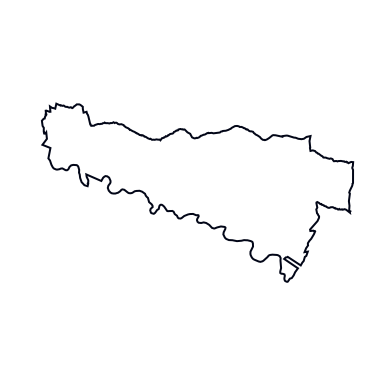 outline of Fartatesti, Vâlcea, Romania, rotated 99°
{"feature_id": "2599482B62213084984165", "entity_name": "Fartatesti", "entity_type": "district", "adm_level": 2, "iso_a3": "ROU", "parent_name": "Romania", "parent_adm1": "Vâlcea", "projection": "equal_earth", "projection_center": [23.968, 44.774], "detail": "fine", "context": "isolated", "style": "outline", "palette": "ink", "viewbox_px": 384, "rotation_deg": 99, "n_neighbors": 0, "source": "geoboundaries", "source_scale": "gbopen_adm2", "svg_char_len": 6018}
<svg xmlns="http://www.w3.org/2000/svg" viewBox="0 0 384 384"><g transform="rotate(99 192 192)"><path d="M145.1,351.4L150.1,349.9L151.8,348.4L155.4,347.9L157.4,347.2L157.4,346.7L156.8,346.6L157.2,346.3L157.0,345.5L156.2,345.2L162.2,343.6L168.8,347.1L170.7,338.7L181.3,339.1L183.1,337.2L187.1,335.1L189.6,333.2L190.5,331.9L191.0,329.8L191.0,328.8L190.3,326.7L189.3,325.0L189.0,323.6L190.2,320.3L190.1,318.9L189.0,317.7L186.4,316.9L184.6,315.5L183.8,313.5L183.5,310.0L184.2,308.8L185.1,308.1L187.8,306.9L190.6,306.6L192.4,305.6L195.6,304.7L199.5,302.6L202.1,299.3L202.6,296.0L200.0,295.8L199.7,296.3L198.6,296.0L196.6,296.3L193.5,298.4L191.2,299.1L195.3,283.3L191.8,282.0L190.5,280.9L189.8,279.9L189.8,278.1L190.8,276.1L193.6,274.3L194.9,274.0L196.2,274.2L198.8,275.6L201.2,275.8L203.7,274.4L205.3,272.4L205.8,271.0L205.8,269.3L205.5,267.5L204.2,264.8L202.4,263.0L200.8,262.0L200.3,261.1L200.4,259.2L202.6,255.3L203.0,254.1L202.8,252.2L202.1,250.7L200.3,248.8L199.7,247.2L199.0,244.0L199.5,241.3L201.1,238.1L202.8,237.1L203.9,235.9L204.7,234.6L208.7,232.8L210.4,230.0L211.6,228.9L213.0,228.5L215.1,230.2L216.7,230.4L218.9,229.3L219.3,228.3L219.5,226.3L218.4,225.2L215.2,223.6L214.0,222.2L211.0,222.0L210.2,221.7L209.4,220.7L209.4,219.7L210.0,218.4L210.9,217.1L214.6,213.6L214.7,212.9L213.8,208.5L214.3,207.1L216.5,205.6L217.8,203.1L219.5,202.0L220.1,201.1L220.0,199.1L219.4,198.2L216.9,195.9L214.8,192.4L214.1,190.6L213.5,187.5L214.3,184.2L213.9,182.4L214.1,181.9L215.1,181.6L217.7,182.6L219.0,182.7L220.5,181.9L221.3,180.7L221.2,178.1L220.2,175.7L220.4,173.1L221.8,169.8L224.3,166.6L224.6,164.6L224.5,164.0L223.1,161.7L221.5,158.0L221.4,154.2L221.9,153.4L223.2,153.3L226.8,154.4L229.0,154.4L231.9,152.4L233.0,150.9L233.7,148.0L233.3,144.6L233.5,139.9L232.4,135.5L231.4,133.1L231.0,129.5L231.3,126.2L231.8,124.6L233.2,123.8L236.3,123.2L241.8,124.9L244.1,124.6L245.3,124.1L247.4,122.6L248.6,121.1L249.1,119.8L250.2,115.3L250.3,113.5L249.4,111.5L248.6,110.6L244.5,107.3L242.8,106.3L242.0,105.1L241.3,102.7L240.9,98.2L241.0,97.2L241.7,95.3L243.4,94.1L245.9,93.9L253.2,92.1L256.6,92.4L258.1,92.2L258.7,91.1L258.6,89.3L258.9,87.8L260.2,87.2L262.7,87.3L264.2,86.9L265.3,86.1L265.8,84.6L265.8,83.8L265.5,83.3L262.3,81.8L261.4,80.0L258.4,78.5L255.1,77.6L250.8,75.4L243.7,90.5L242.0,89.2L241.6,87.8L241.1,87.3L247.5,73.1L244.5,72.0L242.7,70.9L238.5,70.4L237.2,69.1L232.8,68.3L233.8,71.4L229.7,70.5L226.6,69.0L225.1,69.5L224.1,69.4L221.7,68.3L219.5,66.9L214.5,64.9L211.6,64.2L211.3,64.6L211.6,65.5L211.2,66.0L212.0,69.0L210.6,69.5L201.1,63.5L197.6,62.5L196.1,62.7L195.2,63.7L194.3,64.1L193.6,65.1L189.8,66.5L187.8,65.8L183.5,67.4L182.9,67.4L182.3,66.7L182.9,64.9L183.9,63.3L183.6,62.3L184.3,61.8L184.5,59.8L185.1,59.2L185.3,57.2L185.7,56.8L186.3,54.9L186.1,53.6L185.4,52.7L185.0,50.9L185.1,50.0L185.6,48.9L185.4,48.3L186.0,47.8L185.8,46.5L186.5,44.9L185.7,43.9L186.2,43.2L186.0,41.8L185.7,41.3L185.9,40.4L185.6,40.2L185.6,39.6L185.1,38.5L185.4,37.0L187.7,32.8L187.1,33.0L186.3,32.6L185.9,33.7L185.5,33.9L181.0,34.3L176.5,35.6L168.9,35.8L168.1,36.6L166.0,36.3L161.1,34.8L159.5,34.6L158.8,34.8L158.2,34.4L157.7,34.4L144.9,36.4L143.6,37.3L142.6,37.5L141.3,37.2L137.3,37.5L137.4,39.5L139.0,41.9L138.7,42.3L138.7,43.2L138.2,43.4L137.9,44.2L138.3,45.2L138.3,46.1L137.9,46.7L138.1,47.3L138.0,49.7L138.6,52.4L139.0,53.0L138.8,54.4L139.4,56.6L138.8,57.4L137.5,58.4L137.2,59.7L137.2,60.4L137.7,61.3L137.5,63.6L137.1,65.2L137.4,67.6L136.3,68.8L136.1,69.7L134.4,72.9L134.4,73.7L133.7,74.4L133.6,75.3L132.3,76.9L132.0,79.2L132.9,81.4L130.0,82.4L129.6,82.2L123.3,83.9L118.2,83.7L119.7,87.5L121.9,89.8L122.7,92.1L122.8,95.4L122.2,98.1L122.3,99.8L121.4,106.2L121.5,107.6L122.7,111.5L123.3,111.4L122.9,118.3L123.1,120.5L123.5,121.4L126.5,124.1L128.2,126.0L129.2,127.6L129.4,128.5L129.2,128.9L129.4,129.7L129.3,130.4L128.3,132.2L127.1,133.5L125.9,136.1L125.2,138.3L124.4,139.3L124.2,140.0L123.0,141.1L122.8,143.0L123.0,144.0L122.6,145.4L121.6,146.8L121.8,147.5L121.4,147.9L121.6,148.6L120.7,150.0L120.8,150.9L120.2,152.1L120.0,153.6L120.3,155.1L119.8,156.0L119.7,157.8L120.2,159.9L122.6,163.0L123.5,163.6L124.3,165.0L124.8,165.5L126.2,168.2L126.9,171.1L127.3,171.4L127.7,172.7L128.9,173.8L130.7,180.0L130.5,181.8L131.2,184.5L131.0,185.1L131.4,185.5L131.4,186.1L133.0,187.9L133.4,188.7L133.5,189.3L135.0,191.6L135.2,192.3L135.8,192.5L137.1,193.8L137.9,195.4L137.8,196.2L138.2,196.6L138.6,197.6L138.6,198.4L138.0,200.5L134.8,202.9L133.8,205.8L131.5,208.9L131.4,209.6L131.8,210.4L131.5,211.1L131.7,211.5L131.6,213.4L132.4,215.2L133.2,215.4L133.5,216.4L133.8,216.6L133.8,217.1L134.8,218.0L135.5,219.2L136.6,219.6L137.3,220.2L138.1,222.6L139.3,223.7L139.5,224.3L139.9,224.3L141.0,225.6L141.2,225.9L141.0,226.6L142.5,227.8L142.5,228.3L143.2,229.0L143.5,230.0L145.9,231.3L145.3,232.1L145.6,233.4L145.6,235.4L146.3,237.0L146.3,237.9L146.7,239.7L145.9,241.3L146.3,241.9L145.9,243.8L144.7,246.5L144.8,247.6L144.3,248.0L143.7,249.5L144.0,250.0L143.7,250.5L144.1,251.0L143.8,251.7L143.9,252.6L143.0,254.3L142.9,255.4L142.3,256.0L142.4,256.8L141.7,257.9L141.2,260.1L140.2,262.7L140.4,263.1L139.6,263.8L139.6,264.2L139.1,264.8L138.3,267.8L137.7,268.5L137.4,269.3L136.6,270.0L136.1,272.4L136.6,274.3L136.4,275.7L135.6,276.9L135.4,277.7L135.7,278.9L136.0,279.2L135.4,280.4L136.4,281.7L136.7,283.4L137.2,284.1L137.2,286.3L137.5,287.8L137.1,289.2L137.7,289.6L138.0,290.8L138.8,291.6L138.9,292.6L139.4,293.6L139.5,295.4L141.0,298.3L141.8,299.0L142.4,301.9L141.0,302.8L141.1,303.1L133.7,306.1L132.0,307.0L131.1,307.9L129.3,308.7L130.6,311.5L127.1,312.8L124.9,313.2L123.4,315.9L123.1,317.2L123.5,319.5L125.1,320.9L125.6,321.6L127.5,322.9L127.9,323.5L127.2,324.9L127.8,326.0L127.8,327.2L127.4,328.7L127.6,329.2L127.6,330.5L126.7,332.2L127.2,333.6L126.9,334.6L127.2,335.2L126.8,335.6L127.0,336.1L126.0,339.8L131.1,340.1L130.8,342.0L130.8,343.4L129.7,345.7L134.9,344.4L135.1,345.1L134.4,348.7L134.6,349.2L137.8,348.4L137.9,348.7L138.2,348.7L138.1,348.0L138.4,347.9L140.6,348.9L142.5,349.0L142.9,350.0L145.1,351.4Z" fill="none" stroke="#020617" stroke-width="2"/></g></svg>